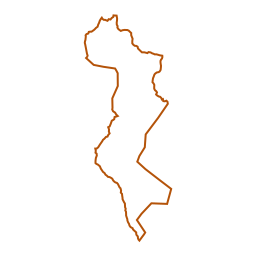 the district of Passagem Franca do Piauí, Piauí, Brazil
{"feature_id": "56859067B41463786975688", "entity_name": "Passagem Franca do Piauí", "entity_type": "district", "adm_level": 2, "iso_a3": "BRA", "parent_name": "Brazil", "parent_adm1": "Piauí", "projection": "robinson", "projection_center": [-42.424, -5.897], "detail": "fine", "context": "isolated", "style": "outline", "palette": "amber", "viewbox_px": 256, "rotation_deg": 0, "n_neighbors": 0, "source": "geoboundaries", "source_scale": "gbopen_adm2", "svg_char_len": 2698}
<svg xmlns="http://www.w3.org/2000/svg" viewBox="0 0 256 256"><path d="M108.2,127.2L109.0,129.3L108.9,131.7L109.6,133.4L108.2,135.0L107.5,136.6L106.0,136.9L104.3,138.8L103.0,139.8L102.2,141.3L100.5,143.7L99.5,145.2L98.2,147.3L96.6,148.6L95.3,148.6L95.8,150.8L95.5,152.7L96.6,153.6L96.8,155.6L95.9,157.9L95.6,160.1L95.5,161.6L95.5,163.1L96.4,163.9L97.9,164.6L99.9,166.3L100.8,168.6L102.0,170.4L103.0,171.9L104.6,173.1L105.5,174.7L106.9,175.7L107.9,176.8L109.6,177.1L111.5,178.1L112.4,178.9L113.2,180.5L114.6,181.9L115.6,182.5L116.9,182.9L117.9,184.0L118.9,186.0L119.5,187.3L120.5,188.3L121.1,190.6L120.8,192.6L122.0,193.9L122.2,195.8L122.5,197.6L122.6,199.3L123.5,201.1L124.1,202.3L124.9,203.5L125.0,205.8L125.1,207.3L125.7,208.8L125.3,210.4L126.0,211.8L126.1,214.0L126.1,215.5L126.7,217.4L127.3,219.1L127.4,220.5L128.1,222.4L129.0,223.8L129.5,225.6L130.6,227.1L132.6,228.2L133.0,229.4L133.9,230.3L135.0,231.3L136.2,232.4L136.2,233.9L136.6,235.1L137.8,236.4L138.0,238.4L138.6,239.7L139.4,240.6L144.0,234.4L145.2,232.5L141.4,226.8L136.9,220.0L141.5,213.8L151.4,203.3L167.1,203.9L171.2,188.9L160.3,180.6L145.4,169.1L137.3,161.7L139.4,156.0L144.8,147.3L145.7,134.4L158.1,117.9L167.8,103.8L167.5,101.8L166.4,100.7L164.8,101.3L163.3,101.1L162.9,99.1L161.9,99.5L161.3,98.0L160.1,96.8L158.8,96.5L157.3,95.6L156.1,94.5L157.0,92.4L156.3,91.3L154.9,90.1L154.2,88.6L154.2,87.0L154.3,84.9L153.6,83.5L152.5,82.2L152.7,80.3L153.0,78.3L153.7,76.6L154.4,74.6L155.1,73.7L156.7,72.5L158.7,72.1L159.7,71.4L160.6,69.9L160.9,67.4L161.0,65.7L160.7,64.1L160.5,62.5L160.5,60.9L161.1,59.6L162.0,58.5L162.4,57.0L162.3,55.7L159.8,55.3L157.8,54.7L156.3,54.3L154.8,54.4L153.6,53.8L152.1,53.3L150.6,52.4L148.5,52.1L147.4,53.1L146.3,52.8L144.2,52.3L141.9,52.3L139.9,50.4L138.0,48.5L137.6,46.7L136.3,45.9L134.8,45.8L133.5,44.9L132.3,43.4L132.3,40.9L132.6,38.8L131.2,35.2L131.2,33.0L129.9,31.8L128.7,30.6L127.3,30.0L126.1,30.0L124.7,29.9L122.6,30.2L120.8,30.9L119.4,29.9L118.4,29.1L117.4,27.6L117.6,26.1L116.8,24.7L116.7,22.6L117.0,20.5L117.1,18.5L116.6,15.6L114.7,15.5L113.5,15.4L113.2,17.0L111.7,18.0L110.5,19.5L108.7,19.2L107.5,20.8L106.4,20.4L105.3,19.9L103.7,19.8L102.5,18.9L101.8,17.7L101.0,18.7L99.8,20.7L99.0,23.0L98.2,24.6L97.6,26.7L96.0,27.9L94.8,29.2L93.9,30.0L91.5,31.7L90.0,31.7L88.8,31.9L88.3,33.5L86.5,34.1L85.6,35.3L85.8,36.7L85.4,40.1L85.0,41.2L84.8,42.9L85.2,44.4L87.0,53.8L87.6,55.5L87.2,56.8L86.1,58.0L93.7,64.9L103.5,66.8L115.1,68.5L116.5,70.9L117.7,73.2L117.7,77.1L117.8,86.0L112.3,98.4L112.5,108.0L112.2,109.4L113.1,111.3L115.1,112.6L116.2,114.5L117.7,116.0L116.4,116.5L114.6,117.0L114.2,119.2L113.1,120.0L111.8,120.7L110.7,123.9L109.6,126.5L108.2,127.2Z" fill="none" stroke="#b45309" stroke-width="2"/></svg>